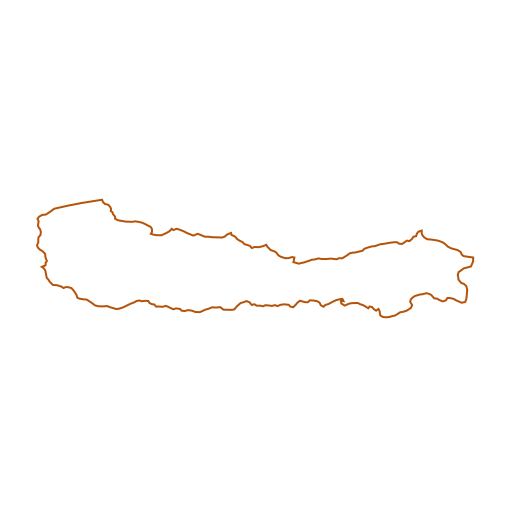 Presidente Prudente, São Paulo, Brazil (Equal Earth projection), rotated 79°
{"feature_id": "56859067B23214065366265", "entity_name": "Presidente Prudente", "entity_type": "district", "adm_level": 2, "iso_a3": "BRA", "parent_name": "Brazil", "parent_adm1": "São Paulo", "projection": "equal_earth", "projection_center": [-51.331, -21.964], "detail": "fine", "context": "isolated", "style": "outline", "palette": "amber", "viewbox_px": 512, "rotation_deg": 79, "n_neighbors": 0, "source": "geoboundaries", "source_scale": "gbopen_adm2", "svg_char_len": 4295}
<svg xmlns="http://www.w3.org/2000/svg" viewBox="0 0 512 512"><g transform="rotate(79 256 256)"><path d="M230.4,290.0L229.2,295.5L228.1,298.5L227.3,302.5L225.2,305.7L223.1,308.9L224.0,313.6L222.0,316.7L220.4,319.2L218.3,321.8L215.8,325.6L214.1,328.8L214.8,332.1L213.2,333.6L214.6,335.2L215.6,337.4L216.7,341.0L217.6,344.9L216.6,349.6L215.3,353.0L214.1,355.0L212.6,353.5L209.6,353.0L207.3,353.9L205.4,356.4L203.2,359.1L201.5,361.6L200.4,364.0L199.0,367.7L198.8,371.3L198.1,374.1L197.4,377.3L195.8,381.5L194.5,384.8L192.5,387.2L190.3,386.9L187.8,388.3L185.6,388.6L184.1,390.0L182.0,389.2L179.8,389.9L177.5,391.3L176.2,394.3L173.9,395.9L171.4,396.4L170.7,416.9L170.7,421.4L170.7,424.7L170.7,430.9L171.1,445.0L172.7,448.4L173.9,451.2L175.2,454.2L174.9,458.2L176.0,461.3L177.7,463.4L180.6,462.8L184.3,464.2L186.8,463.8L188.6,462.8L191.3,462.6L194.2,463.5L196.1,465.9L198.5,466.7L200.9,467.0L203.7,468.9L205.8,468.6L208.1,467.3L210.6,464.6L213.6,462.6L216.6,462.9L218.6,462.7L221.0,462.2L222.5,463.8L225.0,464.4L225.8,468.3L227.6,466.6L230.1,465.6L232.0,465.6L234.7,465.6L237.5,465.6L239.4,464.4L241.9,463.4L245.6,461.0L246.8,456.7L249.1,452.6L250.7,451.1L250.2,448.5L251.0,445.7L252.4,443.2L254.6,441.9L257.3,440.6L260.2,439.6L262.9,439.3L264.2,437.4L265.5,433.9L266.5,430.5L268.0,428.9L269.7,427.2L271.2,425.7L273.8,423.4L275.3,420.2L276.2,416.1L276.8,411.5L278.4,409.1L279.7,406.5L281.4,403.4L281.6,400.5L281.2,396.8L280.1,392.7L278.8,387.7L278.3,384.5L277.4,382.0L277.4,379.0L278.7,376.6L278.8,373.5L279.6,370.3L281.8,369.5L283.3,367.6L284.2,365.1L286.6,363.7L287.1,360.7L288.1,357.3L287.7,354.2L289.4,351.5L290.9,349.6L292.5,347.3L292.2,344.4L293.5,340.7L295.4,339.5L296.4,336.8L296.2,332.8L297.5,329.2L299.4,326.2L300.4,321.8L299.6,318.4L299.0,316.0L298.8,313.2L298.0,308.9L299.0,305.0L299.4,300.8L302.4,298.3L303.5,293.5L304.2,290.2L304.3,287.5L302.2,285.0L300.7,282.6L299.2,280.0L299.0,276.8L298.4,274.1L300.2,271.2L303.3,269.5L303.0,266.9L304.9,264.8L305.5,261.5L306.7,258.6L306.1,256.3L306.8,253.5L308.0,250.1L307.9,246.7L309.3,244.4L308.6,241.3L308.8,237.5L310.2,233.1L312.1,232.1L313.4,229.3L311.8,226.8L309.7,224.2L308.3,221.4L309.4,219.2L310.7,216.6L311.3,214.0L309.8,211.5L310.7,208.0L312.1,204.5L313.9,202.5L316.7,201.8L318.7,199.4L317.2,197.2L317.1,194.5L316.3,191.9L315.5,189.3L314.7,186.1L314.4,183.1L314.6,179.4L317.0,178.7L316.3,181.2L318.9,181.3L321.6,178.4L320.5,173.5L320.6,170.8L321.0,168.3L321.5,165.1L323.3,162.8L324.7,160.2L326.6,158.0L328.7,155.8L327.2,154.1L328.4,151.7L330.5,150.6L332.6,148.5L331.3,146.0L333.1,145.3L335.5,145.3L338.0,145.3L340.1,143.1L341.0,140.0L341.3,136.4L341.0,134.0L341.0,131.3L340.2,128.7L338.8,125.4L338.8,121.4L338.4,118.5L337.5,116.2L336.5,113.8L334.0,112.1L330.3,113.4L328.1,112.3L326.7,110.2L325.6,107.7L325.1,102.8L325.3,99.2L325.0,96.0L326.1,93.5L327.7,91.4L331.5,89.2L332.5,86.3L334.2,84.4L336.2,81.3L335.8,78.1L333.7,76.1L334.4,73.3L335.8,70.1L337.6,68.2L339.2,65.8L341.1,63.1L341.1,59.5L338.7,57.9L335.4,56.8L331.8,55.8L329.7,55.1L327.7,55.2L325.4,55.4L323.0,57.3L321.6,59.7L317.7,61.8L315.6,61.5L313.1,61.6L310.5,60.2L309.0,56.9L307.8,54.5L307.6,51.0L307.3,47.0L302.7,43.9L298.9,43.1L297.1,48.4L295.7,52.3L293.7,53.8L291.0,54.4L288.6,57.0L287.2,59.9L285.8,62.8L283.5,65.8L280.7,67.8L278.4,69.9L277.0,72.1L275.7,74.3L274.3,78.0L273.1,81.5L272.2,84.8L270.0,87.2L267.4,88.7L265.4,89.0L262.7,88.5L263.2,92.1L265.0,94.0L267.1,95.0L267.1,97.8L269.1,99.7L270.7,102.6L269.7,104.9L270.9,107.6L272.0,110.2L271.3,113.1L269.5,114.8L268.9,117.2L268.6,120.8L268.5,124.0L268.5,127.9L268.2,131.2L268.5,134.1L269.0,137.1L268.7,140.7L269.1,145.3L269.6,148.2L271.2,150.5L271.3,154.1L271.5,157.3L271.2,160.5L271.2,163.3L272.6,166.2L273.6,168.8L274.7,171.8L274.0,174.8L274.6,177.5L273.7,180.2L272.8,183.2L272.4,187.6L271.5,192.1L270.3,195.0L270.6,199.0L270.3,201.7L270.8,204.7L271.5,210.0L271.5,212.6L271.7,215.5L270.3,218.1L269.2,220.4L264.8,218.6L263.9,221.1L264.3,224.5L263.7,227.8L262.5,230.0L261.2,232.2L259.6,233.9L256.5,235.4L254.6,237.5L253.1,240.4L248.9,243.2L247.0,243.7L247.7,247.4L247.9,251.7L246.9,255.5L247.4,258.6L244.9,260.1L243.5,262.4L242.2,265.1L239.8,266.5L237.8,269.2L235.7,271.4L233.5,272.4L232.1,273.9L230.7,276.0L228.6,276.1L229.3,280.0L231.0,283.0L231.4,285.8L230.4,290.0Z" fill="none" stroke="#b45309" stroke-width="2"/></g></svg>